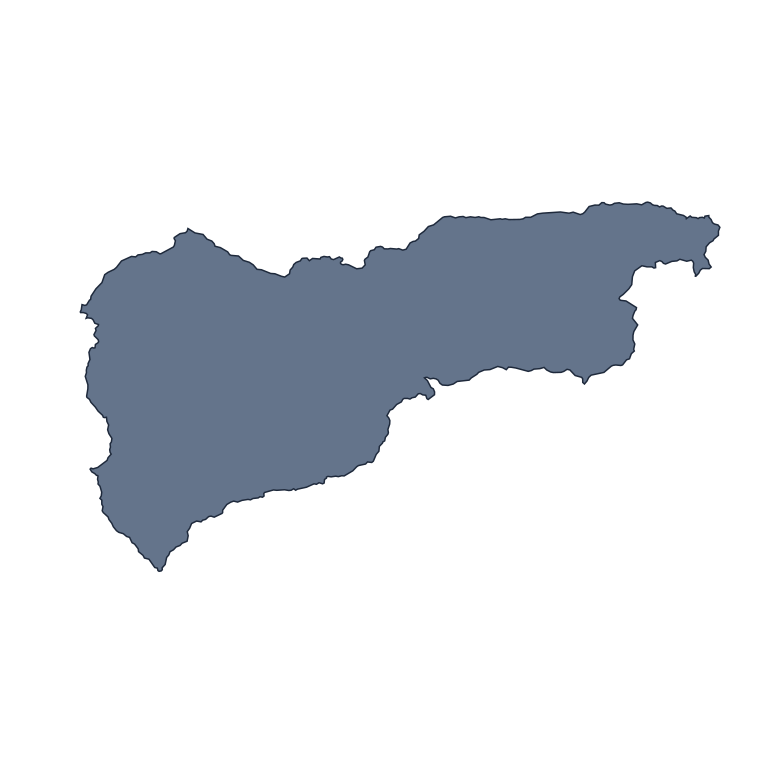 outline of Paruro, Cusco, Peru, rotated 278°
{"feature_id": "86281439B31235431009642", "entity_name": "Paruro", "entity_type": "district", "adm_level": 2, "iso_a3": "PER", "parent_name": "Peru", "parent_adm1": "Cusco", "projection": "natural_earth1", "projection_center": [-71.904, -13.936], "detail": "fine", "context": "isolated", "style": "filled", "palette": "slate", "viewbox_px": 768, "rotation_deg": 278, "n_neighbors": 0, "source": "geoboundaries", "source_scale": "gbopen_adm2", "svg_char_len": 6122}
<svg xmlns="http://www.w3.org/2000/svg" viewBox="0 0 768 768"><g transform="rotate(278 384 384)"><path d="M510.7,168.2L508.0,167.8L506.2,166.4L504.5,161.1L499.9,155.9L498.8,155.9L496.8,157.5L492.0,157.1L490.3,156.3L482.0,145.0L481.7,143.8L483.3,140.1L483.0,135.9L481.3,134.0L480.7,129.8L478.7,126.6L477.6,122.4L475.3,120.4L475.2,116.2L469.3,106.9L462.3,102.9L460.0,100.9L456.2,95.2L453.4,92.2L445.2,90.6L438.2,85.5L430.2,81.7L426.8,81.7L426.1,80.7L421.0,78.5L420.2,76.8L420.6,73.9L415.4,73.9L413.1,73.2L412.5,73.6L412.9,76.3L412.4,79.4L411.3,80.8L407.6,79.9L408.3,81.3L408.3,85.1L407.2,86.9L403.9,89.2L403.2,93.0L402.0,93.0L398.9,90.5L396.9,91.4L392.6,89.9L391.3,90.5L388.1,94.8L386.1,95.5L384.8,94.8L383.0,92.7L379.7,92.8L379.2,91.7L379.5,90.0L378.1,88.4L374.3,87.4L367.3,89.4L363.1,88.1L360.9,88.5L359.4,87.5L356.3,87.3L353.7,87.8L350.0,87.1L342.0,90.9L338.2,91.4L330.6,91.2L329.4,91.7L327.8,94.5L325.1,96.3L321.0,101.3L317.3,104.7L313.8,109.7L312.0,110.7L311.8,111.8L312.4,113.8L308.4,114.8L305.1,117.0L300.2,116.7L296.5,118.5L292.3,122.1L288.7,122.1L286.7,121.1L283.4,121.9L280.8,121.5L278.2,122.3L276.6,123.6L272.7,121.0L269.8,120.4L261.5,112.1L259.5,107.7L259.9,105.6L258.8,104.8L256.3,106.9L255.0,110.1L253.5,112.0L253.5,113.3L252.9,113.6L249.8,113.6L247.2,114.7L245.2,114.7L243.2,117.0L237.6,119.5L233.9,119.6L231.2,118.6L229.7,120.7L225.6,121.3L223.5,122.8L219.2,122.6L217.6,123.9L213.9,129.3L211.5,130.5L208.2,133.8L205.0,135.8L201.5,139.5L200.2,142.0L199.5,146.7L197.2,150.3L196.7,153.4L191.8,156.6L190.8,159.3L186.6,163.5L183.8,164.3L180.8,169.2L178.3,171.0L177.8,175.6L170.4,182.5L170.1,185.2L167.8,186.1L167.2,187.3L167.9,189.4L169.2,190.3L171.1,189.9L174.8,192.4L182.0,192.9L184.8,194.7L188.1,195.4L190.5,198.6L193.7,200.8L195.7,204.5L198.2,206.2L200.9,210.9L206.5,211.2L210.4,209.7L214.1,211.6L219.1,212.9L222.2,217.5L222.0,222.0L223.9,223.4L225.1,226.2L228.3,228.8L229.1,231.1L228.5,234.4L233.3,241.6L234.1,242.1L236.6,241.8L242.8,245.1L245.6,248.6L247.1,251.4L246.7,255.5L249.0,259.6L250.8,265.4L250.7,267.9L252.4,270.2L253.7,275.3L255.1,276.8L255.0,279.5L256.4,280.8L258.9,280.2L260.0,280.9L263.7,289.3L263.8,292.6L265.4,300.2L265.3,304.6L265.9,306.9L267.7,309.1L266.5,311.3L267.8,312.9L271.0,321.6L275.4,328.6L275.3,331.1L277.2,333.4L276.6,337.1L277.6,338.5L281.2,338.4L282.7,340.1L283.8,340.0L284.7,341.3L284.7,344.6L286.0,349.0L285.9,351.7L287.3,355.0L287.4,357.3L293.7,365.2L298.3,368.5L299.7,370.1L302.2,376.9L304.5,378.5L304.6,382.8L306.1,384.2L313.2,386.1L316.7,388.3L321.6,388.1L325.2,390.7L326.4,390.9L327.8,392.6L331.4,392.8L334.9,394.9L336.5,395.1L339.5,394.2L345.1,395.2L348.6,394.9L351.1,393.4L353.0,391.3L359.0,393.6L360.3,396.0L365.5,399.4L368.7,403.7L371.4,404.7L372.5,405.9L373.0,409.5L372.7,411.8L374.3,413.7L375.4,416.8L379.1,419.3L379.6,421.3L378.6,423.9L378.7,426.9L375.5,428.5L374.8,429.9L380.4,435.5L383.2,435.2L386.1,433.5L387.1,431.0L393.4,426.5L395.7,423.2L396.3,424.2L396.6,425.8L395.5,429.0L396.5,432.0L396.3,434.9L395.3,437.1L392.5,439.3L391.1,441.9L391.5,447.6L393.6,452.6L396.7,456.1L399.7,467.8L402.2,469.6L406.5,474.6L408.7,476.1L411.8,481.3L413.0,486.9L417.2,494.2L416.7,499.1L415.2,503.1L418.0,504.9L418.3,507.6L418.2,512.2L416.6,525.1L417.8,528.0L419.6,530.4L420.9,536.2L422.7,540.2L420.5,543.2L419.1,547.3L418.9,550.1L420.2,557.8L421.5,560.3L424.0,563.2L423.8,566.1L419.0,572.1L418.1,578.8L416.8,580.0L413.2,580.6L411.9,582.5L415.2,584.6L419.0,585.8L421.6,587.9L426.1,600.2L433.4,606.7L434.4,608.4L435.1,610.9L435.3,616.0L436.1,617.6L441.7,620.8L443.1,623.6L448.4,624.7L451.5,627.3L453.1,626.4L458.5,626.8L462.3,624.4L467.0,623.8L470.7,624.1L477.8,627.0L483.6,620.9L486.5,621.1L491.0,622.2L492.6,623.3L494.8,623.4L499.9,612.1L499.8,606.4L501.2,604.9L503.1,605.4L506.0,608.4L512.3,613.2L516.9,615.5L524.8,615.1L530.9,616.5L537.0,622.9L536.6,628.2L537.3,633.0L536.4,635.2L537.0,636.8L542.1,635.8L544.6,640.0L543.8,642.4L542.4,643.9L542.0,646.1L545.5,652.0L546.7,657.0L548.7,659.6L547.7,666.7L549.4,671.1L548.5,672.7L546.8,673.8L542.3,674.1L538.2,675.6L536.0,677.3L534.1,677.3L534.1,677.8L537.4,680.2L540.8,681.4L542.7,683.3L543.5,690.1L545.4,691.7L548.0,689.2L551.8,687.7L554.2,684.5L556.7,682.9L560.2,684.2L564.7,683.9L569.1,686.7L571.7,689.9L573.4,690.5L577.8,694.5L582.0,693.9L585.9,694.8L588.0,692.6L588.4,688.9L589.5,686.8L592.4,685.0L594.4,682.5L596.0,682.2L594.9,678.5L593.0,678.1L593.4,676.0L592.7,673.3L591.5,672.0L592.2,670.1L591.9,665.6L593.0,663.8L589.8,660.4L591.2,660.0L592.6,657.1L593.3,650.1L595.7,648.0L596.4,646.0L598.3,643.7L597.3,639.6L599.0,635.7L598.9,634.1L597.7,632.2L598.8,629.7L598.5,627.0L598.9,624.9L600.4,622.6L600.8,619.9L600.3,618.2L597.3,614.2L597.6,609.3L595.9,600.7L595.5,596.0L596.2,591.7L595.0,587.0L593.4,585.0L592.6,582.7L593.0,578.3L594.2,576.7L593.9,574.4L591.0,571.9L590.5,567.8L588.3,562.4L582.2,558.9L580.3,557.2L579.1,554.7L580.5,547.4L578.9,543.5L578.9,534.8L575.3,517.5L573.8,512.2L569.5,506.1L568.8,501.0L566.9,498.7L565.9,495.7L564.2,484.8L564.5,481.1L563.5,478.0L563.8,476.2L561.5,467.0L562.8,460.0L562.4,456.7L562.8,454.6L561.6,451.1L561.6,446.3L560.1,441.9L560.9,439.1L560.0,435.1L558.4,431.6L559.4,426.6L558.0,420.6L557.1,418.9L548.5,411.0L546.1,406.0L540.8,402.4L536.6,398.1L533.0,398.1L529.9,395.2L529.2,392.9L527.3,390.2L520.6,387.2L519.2,384.0L520.1,379.7L519.4,377.9L519.1,371.4L518.3,369.2L517.9,365.4L519.4,363.5L519.8,361.5L518.4,357.1L515.6,355.7L514.2,352.3L512.9,351.4L507.5,350.4L504.9,347.8L503.6,347.4L499.4,348.8L495.7,346.2L494.3,340.9L497.1,332.3L497.3,329.4L496.4,326.9L496.6,325.2L497.5,324.1L498.6,324.0L500.1,325.5L501.6,325.9L502.8,325.2L502.8,323.8L503.6,322.1L500.2,316.8L500.4,314.4L502.5,312.3L501.9,310.2L502.0,306.8L500.6,303.9L498.9,303.3L498.4,295.8L495.7,292.9L498.0,290.2L497.2,286.0L496.8,285.2L494.3,284.0L492.2,280.1L489.8,278.0L487.1,277.4L483.8,275.2L480.0,275.1L476.1,270.8L476.4,267.4L478.0,260.6L477.7,256.4L480.1,246.7L479.9,242.3L483.8,237.9L485.8,233.7L486.8,227.5L490.5,222.1L490.1,214.6L490.6,213.1L493.1,210.8L496.3,203.0L496.9,197.5L499.3,196.3L501.6,193.6L502.8,188.6L506.9,184.0L507.3,175.8L510.7,168.2Z" fill="#64748b" stroke="#1e293b" stroke-width="1.5"/></g></svg>